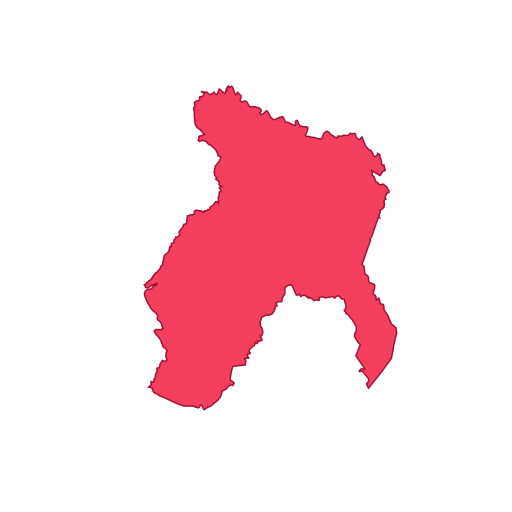 the district of Teotlalco, Puebla, Mexico, rotated 331°
{"feature_id": "50627088B33545228853409", "entity_name": "Teotlalco", "entity_type": "district", "adm_level": 2, "iso_a3": "MEX", "parent_name": "Mexico", "parent_adm1": "Puebla", "projection": "equal_earth", "projection_center": [-98.836, 18.449], "detail": "fine", "context": "isolated", "style": "filled", "palette": "rose", "viewbox_px": 512, "rotation_deg": 331, "n_neighbors": 0, "source": "geoboundaries", "source_scale": "gbopen_adm2", "svg_char_len": 6134}
<svg xmlns="http://www.w3.org/2000/svg" viewBox="0 0 512 512"><g transform="rotate(331 256 256)"><path d="M317.4,96.5L316.8,95.7L314.4,95.6L314.2,93.9L311.1,95.3L311.4,96.0L311.0,97.0L310.8,96.5L309.8,96.8L308.0,98.9L307.4,98.8L305.1,92.5L304.6,92.2L300.8,95.9L300.2,95.9L298.7,94.2L298.7,92.2L296.8,92.8L294.2,92.5L293.4,91.6L292.4,88.8L290.9,88.1L288.1,85.8L288.0,86.2L289.6,88.7L288.8,89.5L286.7,90.3L283.8,89.6L282.0,92.4L278.4,91.5L276.5,92.0L275.0,95.4L273.3,96.2L272.2,98.4L272.1,99.7L269.8,104.0L266.7,111.2L266.8,115.2L268.2,118.2L269.8,124.6L268.6,124.2L267.4,124.9L266.0,124.1L264.1,123.7L263.4,125.0L261.5,126.9L262.2,128.5L264.7,128.6L268.1,131.6L267.9,132.4L268.8,135.8L270.1,136.8L272.2,143.3L272.1,149.1L271.4,149.8L273.3,152.7L270.8,154.7L264.0,157.7L259.8,162.6L259.1,166.2L259.5,168.7L258.0,169.1L259.6,172.6L259.5,173.6L258.3,175.5L258.4,176.7L259.6,178.7L258.1,178.1L256.9,178.7L257.4,181.7L255.6,182.5L255.0,182.3L253.0,185.2L251.3,186.5L249.9,190.1L248.8,191.2L249.0,189.9L247.2,188.9L243.2,190.7L239.7,191.0L239.0,192.0L237.5,192.8L236.4,192.0L234.6,192.7L233.5,191.7L232.5,191.6L232.2,192.4L231.5,192.6L230.2,190.3L225.9,186.9L223.7,186.9L222.7,189.3L221.0,189.1L220.7,189.6L219.9,189.4L218.9,188.1L217.5,188.5L215.9,187.7L215.2,187.9L211.3,193.5L210.0,193.9L208.2,193.3L206.2,195.0L200.2,197.7L199.3,200.8L195.9,201.4L195.0,200.5L194.2,201.5L191.9,202.4L190.6,204.6L190.0,204.7L188.4,203.9L187.7,204.4L186.4,206.7L185.5,206.0L184.0,207.2L182.7,209.2L180.7,210.1L176.2,211.1L173.7,213.6L172.8,215.3L171.4,216.2L170.4,218.2L167.9,218.8L165.2,221.0L162.4,221.6L161.7,222.3L160.6,222.1L158.3,222.8L156.0,223.8L155.5,224.5L154.2,224.7L153.3,225.7L150.4,225.7L149.0,226.4L147.8,226.3L146.7,227.0L144.4,226.9L144.4,230.3L145.4,231.2L149.2,231.3L150.4,230.8L151.0,231.5L155.3,231.4L156.0,232.4L155.2,233.0L152.4,232.7L148.5,234.0L144.9,232.7L142.6,233.0L140.5,234.3L139.4,236.7L138.4,245.1L138.9,248.1L138.6,250.9L139.6,254.6L141.0,257.9L141.2,259.9L140.5,261.6L139.5,262.3L139.0,264.1L140.2,266.4L140.5,269.4L139.7,272.2L139.7,274.2L137.3,274.4L132.9,271.8L130.6,272.2L130.4,275.1L131.6,280.3L131.8,283.8L130.7,290.3L131.9,292.7L132.3,295.8L130.6,297.1L128.4,300.1L127.8,303.4L127.0,304.3L125.0,303.7L123.4,301.9L122.1,303.0L120.1,303.6L117.5,306.7L114.9,306.1L113.5,309.3L111.1,310.5L108.3,314.1L107.3,314.2L105.3,316.6L104.5,316.3L103.3,314.9L101.7,318.1L98.5,318.5L100.7,320.6L101.0,321.8L100.4,325.2L101.1,326.9L102.6,328.6L103.7,331.3L107.5,335.9L115.5,347.0L120.3,352.3L128.7,357.0L129.5,358.6L132.1,360.9L133.0,360.8L134.9,359.6L136.0,359.9L136.2,361.2L135.8,364.2L136.3,365.3L139.3,364.9L144.0,365.3L152.8,363.6L157.1,361.7L160.5,358.2L161.6,357.8L165.9,357.9L166.9,357.1L169.8,356.4L171.7,356.7L172.8,358.0L174.7,357.0L175.2,356.5L174.7,354.5L173.6,352.6L173.7,351.1L178.3,345.2L182.1,341.3L193.8,346.0L194.8,344.3L196.0,343.5L196.4,341.6L196.2,340.2L197.2,340.2L200.0,341.8L200.3,341.4L200.0,339.8L200.4,337.8L203.5,338.4L204.1,337.9L203.6,336.3L204.5,335.1L206.4,334.2L211.7,333.2L213.4,331.2L214.4,333.0L215.5,332.7L215.8,331.2L217.7,332.2L220.6,332.5L220.9,328.0L222.1,328.6L224.2,327.0L225.3,325.6L226.3,321.2L225.6,319.6L226.8,318.2L227.4,315.8L229.7,314.0L230.8,312.5L235.8,312.5L240.0,314.5L242.9,314.2L247.1,311.3L248.3,309.5L250.1,309.9L250.8,306.8L253.9,306.9L256.4,308.5L258.6,305.4L262.8,303.2L265.8,298.0L266.4,297.6L270.0,297.3L272.2,298.0L273.3,299.7L272.3,309.7L273.7,310.5L275.4,310.3L275.5,313.1L277.5,313.1L279.8,314.2L281.4,318.1L281.7,317.2L282.0,317.3L284.7,321.3L284.9,322.9L287.4,323.6L289.7,325.3L290.2,325.1L291.3,323.0L293.6,323.3L296.9,326.6L299.1,327.1L300.3,327.8L302.6,328.0L303.6,329.1L304.4,331.0L305.9,330.2L309.2,330.9L310.0,334.9L312.1,336.5L310.4,343.9L308.8,345.5L307.0,346.1L306.7,346.6L307.2,348.5L306.8,349.9L308.3,352.3L308.5,355.5L309.3,358.4L309.4,366.6L307.9,369.3L306.6,370.8L304.9,371.6L303.1,374.4L303.4,381.0L304.3,384.0L295.0,391.8L296.5,407.2L295.7,407.7L293.9,405.9L293.0,405.8L291.0,406.2L290.4,406.9L290.7,407.5L292.6,407.6L293.1,408.4L294.8,416.3L294.8,417.7L293.9,420.1L291.3,421.1L290.4,422.1L290.4,426.2L310.1,418.0L324.7,411.2L329.7,405.5L333.0,400.9L341.5,391.8L343.6,386.7L342.9,385.9L343.0,385.1L341.5,380.9L342.0,375.1L342.5,372.6L342.0,364.9L343.8,361.2L343.7,360.0L341.6,357.9L343.1,352.8L342.9,352.3L340.7,353.1L339.8,352.8L340.9,350.6L341.3,348.5L340.1,346.5L340.3,345.5L341.8,343.7L342.7,343.3L345.6,339.5L345.7,338.5L344.9,337.0L342.8,334.9L342.0,333.4L344.1,328.9L344.0,327.5L342.7,324.4L345.1,318.1L345.3,316.8L344.7,314.7L363.9,297.6L363.8,296.2L364.1,295.9L366.0,295.6L381.4,281.8L382.6,282.7L382.5,280.8L386.0,277.7L386.8,275.9L388.6,276.2L391.5,275.4L393.7,272.6L393.9,271.1L395.6,269.0L397.1,269.2L397.2,267.5L401.3,264.0L401.8,264.7L403.3,264.7L404.0,263.3L403.6,261.5L403.8,259.4L403.4,257.9L402.5,256.1L402.5,255.1L398.4,253.4L397.9,250.3L396.9,249.5L397.5,244.7L397.3,242.9L396.7,241.6L398.2,239.5L398.7,237.4L403.3,245.6L404.2,245.6L407.3,243.6L410.3,243.8L410.8,243.1L412.0,238.4L411.3,238.5L410.1,236.8L411.0,235.7L411.9,233.2L412.6,228.6L413.5,227.3L412.0,225.3L411.8,225.8L409.8,226.9L408.1,226.5L407.2,225.1L407.9,222.9L407.6,219.0L406.2,217.9L405.2,213.3L406.3,203.2L403.0,204.4L402.2,203.9L401.2,200.4L402.1,197.4L401.7,196.5L399.3,195.9L397.9,194.2L395.7,195.2L394.1,194.9L391.5,192.9L389.0,192.7L385.7,190.8L384.3,192.0L382.7,190.4L381.2,187.3L379.9,185.5L380.1,183.7L378.3,181.1L375.4,181.4L372.8,183.1L371.5,184.6L370.0,185.2L367.4,183.7L364.5,180.5L362.3,179.3L360.3,177.1L357.8,175.5L357.5,174.4L360.6,172.2L363.2,169.6L363.6,168.2L358.6,164.7L357.2,161.8L357.7,159.0L357.7,157.5L357.3,157.1L355.9,157.3L353.8,161.0L352.0,159.5L349.4,155.3L346.5,153.0L347.1,149.3L346.9,147.3L346.4,146.7L343.7,146.4L343.5,146.0L339.0,146.1L337.1,144.7L336.0,141.1L336.3,136.3L336.1,134.8L335.6,134.0L331.4,135.1L328.8,134.8L328.6,133.7L328.9,132.4L330.3,132.3L331.3,131.0L330.7,128.2L326.0,123.8L323.8,123.3L322.9,122.2L322.6,116.4L321.4,115.0L318.6,114.4L317.4,112.8L317.7,111.7L319.4,110.6L320.6,108.6L319.3,104.0L318.1,104.5L317.6,105.4L316.1,105.3L317.4,96.5Z" fill="#f43f5e" stroke="#9f1239" stroke-width="1.5"/></g></svg>